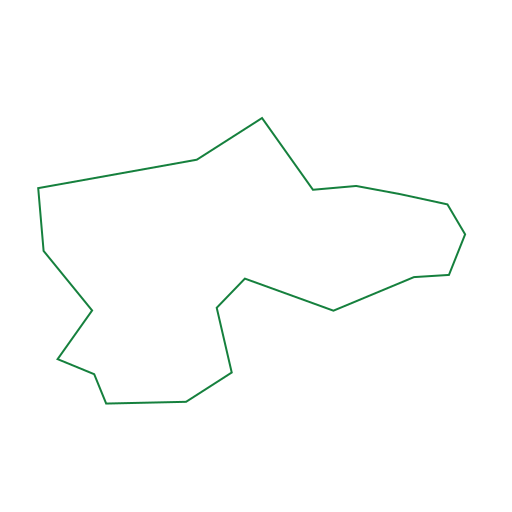 map outline of Dudley (orthographic projection), rotated 83°
{"feature_id": "GBR-5692", "entity_name": "Dudley", "entity_type": "Metropolitan Borough", "adm_level": 1, "iso_a3": "GBR", "parent_name": "United Kingdom", "parent_adm1": "", "projection": "orthographic", "projection_center": [-2.094, 52.493], "detail": "fine", "context": "isolated", "style": "outline", "palette": "green", "viewbox_px": 512, "rotation_deg": 83, "n_neighbors": 0, "source": "natural_earth", "source_scale": "10m", "svg_char_len": 413}
<svg xmlns="http://www.w3.org/2000/svg" viewBox="0 0 512 512"><g transform="rotate(83 256 256)"><path d="M298.3,66.8L296.2,101.8L319.7,185.8L277.1,269.8L302.6,301.3L368.7,294.3L392.2,343.2L384.2,422.7L353.6,431.0L334.2,465.5L290.1,425.3L225.1,466.2L162.1,463.9L153.2,303.0L119.8,233.2L197.2,191.4L198.7,148.0L212.2,105.3L228.1,59.7L260.0,45.8L298.3,66.8Z" fill="none" stroke="#15803d" stroke-width="2"/></g></svg>